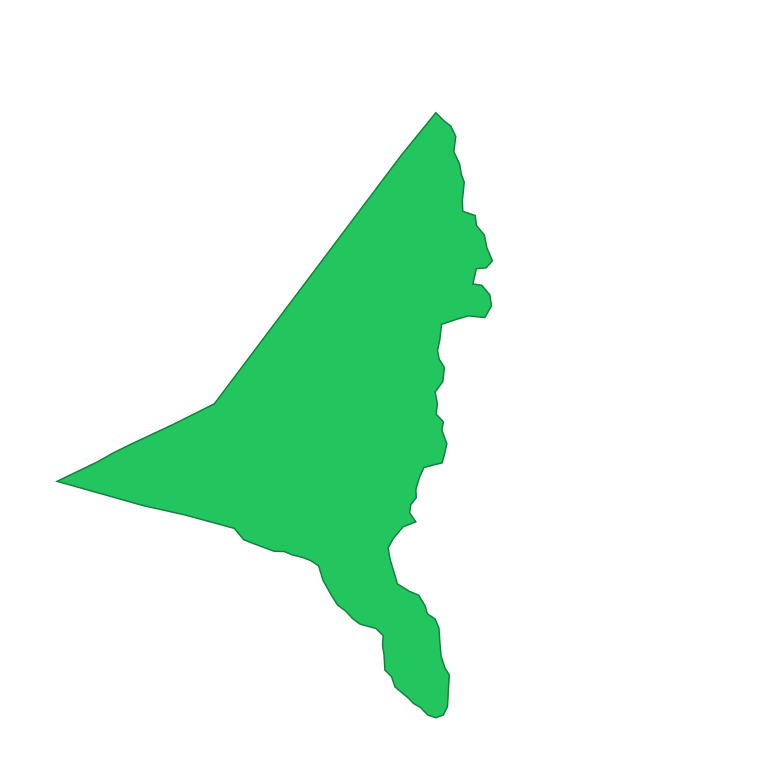 Bela Vista do Maranhão, Maranhão, Brazil, rotated 302°
{"feature_id": "56859067B77541531950227", "entity_name": "Bela Vista do Maranhão", "entity_type": "district", "adm_level": 2, "iso_a3": "BRA", "parent_name": "Brazil", "parent_adm1": "Maranhão", "projection": "albers", "projection_center": [-45.274, -3.767], "detail": "fine", "context": "isolated", "style": "filled", "palette": "green", "viewbox_px": 768, "rotation_deg": 302, "n_neighbors": 0, "source": "geoboundaries", "source_scale": "gbopen_adm2", "svg_char_len": 1431}
<svg xmlns="http://www.w3.org/2000/svg" viewBox="0 0 768 768"><g transform="rotate(302 384 384)"><path d="M182.1,190.9L166.4,182.4L128.2,158.3L152.7,242.4L155.2,249.8L167.2,283.7L182.2,333.5L177.6,347.6L179.2,356.6L183.9,379.3L189.1,388.3L190.4,396.5L193.7,406.7L195.4,415.4L195.1,425.0L185.2,436.3L177.4,450.5L171.9,461.7L171.1,472.1L168.4,481.5L167.7,491.3L172.4,506.7L170.2,516.7L162.1,520.9L153.9,527.9L141.9,536.3L139.9,545.3L132.9,554.0L130.7,570.2L128.7,578.4L129.0,586.3L126.5,596.5L128.4,604.7L134.7,609.7L144.1,608.8L154.9,602.8L171.9,593.5L175.4,586.3L183.4,576.7L194.9,568.0L206.1,560.0L211.8,551.8L212.1,542.5L217.8,536.3L223.3,525.2L221.6,515.4L221.6,501.2L227.1,495.2L238.6,482.0L247.3,474.3L258.0,473.8L273.0,475.9L284.0,484.0L288.3,474.1L295.7,470.7L304.7,471.6L311.5,466.9L323.5,463.6L334.2,462.1L342.2,469.4L347.9,475.1L356.9,472.4L366.7,468.9L375.6,457.5L383.4,454.4L386.1,444.2L395.4,439.8L404.4,431.6L417.3,432.6L429.9,426.5L434.4,417.6L440.8,411.6L450.6,408.1L465.1,401.2L477.1,411.1L486.6,419.6L493.8,434.3L507.2,433.8L515.7,426.5L519.5,414.6L516.0,406.4L530.7,401.2L536.7,409.1L546.0,410.7L553.9,399.2L563.5,390.2L567.4,378.5L575.2,372.1L572.2,359.3L581.1,353.2L590.6,348.6L597.7,345.1L602.6,338.7L610.8,331.4L617.9,320.2L632.1,313.6L638.1,303.9L639.0,295.4L641.5,284.2L586.7,277.4L277.3,250.6L236.1,225.4L221.6,216.0L198.9,201.3L182.1,190.9Z" fill="#22c55e" stroke="#15803d" stroke-width="1.5"/></g></svg>